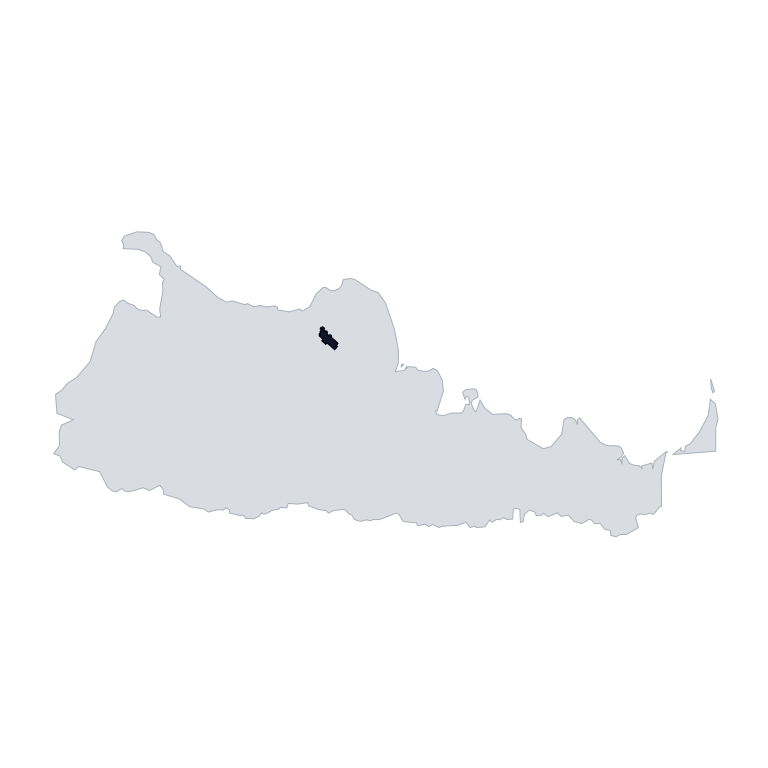 25 de Mayo, Buenos Aires, Argentina (highlighted), rotated 268°
{"feature_id": "61730980B17361655515044", "entity_name": "25 de Mayo", "entity_type": "district", "adm_level": 2, "iso_a3": "ARG", "parent_name": "Argentina", "parent_adm1": "Buenos Aires", "projection": "robinson", "projection_center": [-59.976, -35.554], "detail": "fine", "context": "in_parent", "style": "filled", "palette": "ink", "viewbox_px": 768, "rotation_deg": 268, "n_neighbors": 0, "source": "geoboundaries", "source_scale": "gbopen_adm2", "svg_char_len": 5859}
<svg xmlns="http://www.w3.org/2000/svg" viewBox="0 0 768 768"><g transform="rotate(268 384 384)"><path d="M475.8,221.4L471.3,229.6L472.3,235.0L468.1,247.9L469.1,250.5L465.7,256.6L466.8,263.2L465.1,269.6L465.9,277.6L464.5,280.0L461.6,280.7L459.4,291.9L462.0,302.6L459.7,304.7L463.8,312.5L476.2,319.3L482.5,326.3L482.6,329.2L479.3,333.5L478.9,337.1L480.7,342.0L483.8,345.1L489.8,347.0L490.6,354.0L489.5,358.5L478.2,374.4L475.6,381.3L465.1,388.3L437.6,396.5L416.4,399.6L404.2,399.0L396.1,395.7L396.8,404.7L400.8,407.3L398.7,407.4L400.5,409.1L399.6,416.4L397.1,417.8L395.2,423.9L395.4,429.1L397.9,433.5L395.5,437.8L386.3,442.2L375.4,443.2L355.1,436.2L355.9,435.1L354.8,434.7L351.5,436.1L350.3,442.1L352.7,451.3L352.2,459.4L353.5,462.1L360.9,465.1L360.4,468.3L362.9,468.7L368.0,467.9L368.6,465.3L365.9,464.4L372.9,462.3L375.7,465.7L376.0,474.0L374.8,476.1L369.3,477.7L367.7,477.3L364.5,471.5L361.8,470.3L354.0,473.4L353.1,475.2L364.7,479.4L356.4,483.8L349.9,491.5L350.0,505.7L348.5,509.6L344.0,513.3L343.3,516.0L344.9,517.6L344.4,520.3L335.5,519.4L329.3,523.7L323.6,525.2L313.7,540.9L315.5,548.7L327.5,559.8L342.2,562.8L344.1,566.5L343.7,570.9L342.0,573.5L336.7,576.0L341.3,576.0L343.3,578.3L318.0,598.3L314.8,604.1L313.8,616.2L311.9,618.7L306.6,621.0L302.9,618.6L299.9,614.1L300.2,617.7L295.3,619.1L301.2,619.2L304.1,622.1L296.3,626.4L294.2,630.3L293.5,635.8L290.6,638.9L292.9,638.3L295.7,649.0L289.5,649.7L297.3,651.5L306.7,663.7L306.0,664.7L305.7,663.4L282.4,657.9L251.6,657.1L251.8,655.4L244.3,648.9L245.6,644.2L244.1,640.2L245.4,636.6L244.1,632.2L241.4,630.8L231.6,633.3L225.3,621.4L225.3,614.9L223.3,610.7L224.7,605.4L229.8,605.2L231.0,599.5L237.3,595.1L237.0,589.7L240.8,586.7L241.6,584.0L237.6,577.0L239.9,569.4L246.5,563.7L245.5,556.3L249.1,552.8L245.7,543.1L249.3,539.0L247.3,536.7L247.1,531.6L250.8,530.3L252.9,524.7L248.7,519.7L241.5,518.2L241.0,515.5L253.9,515.4L255.3,511.3L254.4,508.9L244.5,507.8L244.3,502.2L246.3,498.7L244.2,495.1L244.8,491.9L242.0,487.0L244.4,484.8L237.7,479.8L237.3,471.6L238.7,469.5L237.5,465.1L243.1,460.9L240.1,453.0L239.9,437.8L238.7,433.8L242.0,427.6L240.0,423.5L242.5,420.4L241.1,412.6L244.1,411.9L245.8,398.4L253.1,394.5L254.5,391.7L248.7,374.7L248.9,368.3L247.7,365.4L248.9,361.6L247.5,356.2L249.5,349.7L254.5,347.1L254.9,344.9L260.0,340.4L259.4,329.5L256.9,323.9L259.5,321.9L261.0,313.5L264.7,304.8L268.0,303.2L267.0,293.2L268.0,284.2L263.5,282.5L264.3,276.1L262.7,274.5L261.6,267.7L258.4,261.7L258.1,259.0L259.8,257.3L256.4,254.9L253.9,249.4L254.3,244.3L254.7,240.9L258.3,238.3L257.5,235.9L260.3,225.4L263.9,224.9L265.7,221.2L263.7,219.2L264.1,212.9L262.2,203.9L265.5,199.4L268.1,185.5L276.2,175.6L281.6,159.9L286.0,159.7L290.6,156.3L285.7,146.1L288.7,139.7L285.2,126.1L286.1,121.1L288.8,118.1L285.6,113.0L286.5,108.8L290.9,104.0L306.4,96.7L312.2,75.8L308.9,72.1L317.3,59.9L323.3,57.8L325.8,51.5L333.7,57.5L347.3,57.7L354.1,60.1L359.1,72.3L366.1,56.1L385.0,55.4L388.8,61.4L396.0,67.9L401.1,77.0L416.7,91.1L436.7,97.9L448.9,107.4L463.3,115.5L470.3,117.3L475.8,122.9L477.0,127.1L473.8,130.4L471.4,136.7L467.6,140.2L466.0,144.3L466.1,149.3L458.7,159.5L458.9,163.2L466.5,162.4L484.8,166.3L493.6,166.3L496.4,168.0L501.2,163.3L508.9,165.2L514.0,157.0L519.1,155.4L524.5,149.8L527.2,142.8L528.4,128.0L531.4,128.9L536.5,126.9L541.0,129.8L544.7,142.4L543.7,154.4L541.5,159.3L536.0,162.0L533.0,165.4L524.2,168.0L519.5,174.4L508.6,181.2L509.2,184.8L505.7,184.6L487.5,209.4L475.8,221.4ZM305.3,713.1L303.4,670.4L309.8,678.7L306.9,678.2L306.2,682.2L311.2,683.1L313.8,688.1L325.0,697.5L341.3,706.9L357.2,709.7L353.0,714.3L337.5,716.5L328.2,714.0L305.3,713.1ZM363.6,712.5L368.4,710.9L377.7,710.6L365.5,714.0L363.6,712.5ZM403.2,402.5L403.0,404.3L400.1,401.5L403.2,402.5Z" fill="#d9dde1" stroke="#a8b0b8" stroke-width="1"/><path d="M438.6,328.6L438.7,328.0L437.7,327.2L438.9,325.9L439.6,326.6L440.8,325.3L441.8,326.2L442.6,325.4L443.1,324.8L443.0,324.7L442.9,324.7L442.7,324.6L442.4,324.5L442.4,324.4L442.4,324.2L442.3,323.9L442.4,323.7L442.5,323.6L442.5,323.4L442.4,323.3L442.4,323.2L442.5,323.1L442.4,323.0L442.3,322.9L442.2,322.8L442.1,322.7L441.9,322.5L441.7,322.7L441.4,322.8L441.2,322.9L441.2,323.0L441.0,322.9L440.9,322.9L440.9,323.0L440.7,323.1L440.4,323.2L440.4,323.3L440.2,323.4L439.9,323.3L439.9,323.2L439.8,323.3L439.6,323.4L439.4,323.3L439.3,323.2L439.2,323.2L439.1,322.9L438.9,322.9L438.8,322.7L438.7,322.6L438.6,322.4L438.5,322.5L438.3,322.6L438.2,322.6L437.9,322.6L437.7,322.4L437.6,322.2L437.4,322.1L437.2,322.1L437.0,321.9L436.9,321.8L436.9,321.7L436.7,321.6L436.5,321.4L436.4,321.3L436.2,321.2L436.1,321.3L435.9,321.3L435.7,321.3L435.5,321.5L435.4,321.5L435.2,321.6L434.9,321.5L434.8,321.4L434.7,321.4L434.6,321.2L434.4,321.1L434.0,321.6L433.3,322.3L430.8,324.9L429.4,323.6L428.6,324.4L427.4,325.7L425.9,327.2L427.3,328.5L423.9,332.1L420.2,335.9L421.6,337.2L423.1,338.5L424.1,337.5L425.9,339.1L426.0,339.0L426.0,338.9L426.3,338.9L426.4,339.0L426.5,339.0L426.7,338.9L426.8,338.8L426.9,338.7L427.0,338.6L427.1,338.4L427.0,338.2L427.3,338.0L427.3,337.9L427.5,337.8L427.7,337.7L427.8,337.6L427.9,337.4L428.0,337.4L428.1,337.2L428.3,337.1L428.3,336.9L428.5,336.9L428.8,336.8L428.8,336.7L429.0,336.5L431.2,334.2L432.8,332.4L433.7,333.2L433.8,333.2L434.1,333.0L434.3,333.0L434.3,332.9L434.2,332.8L434.2,332.7L434.3,332.5L434.4,332.4L434.5,332.3L434.6,332.2L434.4,332.2L434.2,332.2L434.3,332.1L434.3,331.9L434.2,331.7L434.3,331.5L434.3,331.4L434.4,331.2L434.5,331.2L434.6,330.9L434.6,330.7L434.5,330.4L434.4,330.3L434.4,330.2L434.5,330.0L434.6,329.9L434.7,329.7L434.8,329.6L435.0,329.5L435.1,329.4L435.3,329.3L435.3,329.2L435.5,329.2L435.8,329.0L435.8,328.9L436.0,328.8L436.3,328.7L436.6,328.7L436.8,328.7L436.9,328.8L437.0,328.7L437.0,328.8L437.3,328.9L437.5,328.9L437.6,329.0L437.8,329.0L437.9,328.9L438.1,328.9L438.2,328.7L438.3,328.7L438.5,328.6L438.6,328.6Z" fill="#0f172a" stroke="#020617" stroke-width="1.5"/></g></svg>